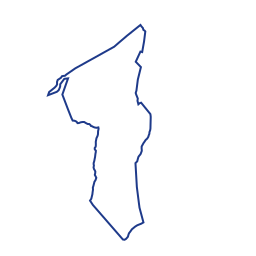 Limoeiro do Norte, Ceará, Brazil, rotated 49°
{"feature_id": "56859067B58683288686996", "entity_name": "Limoeiro do Norte", "entity_type": "district", "adm_level": 2, "iso_a3": "BRA", "parent_name": "Brazil", "parent_adm1": "Ceará", "projection": "equal_earth", "projection_center": [-38.048, -5.136], "detail": "fine", "context": "isolated", "style": "outline", "palette": "blue", "viewbox_px": 256, "rotation_deg": 49, "n_neighbors": 0, "source": "geoboundaries", "source_scale": "gbopen_adm2", "svg_char_len": 1927}
<svg xmlns="http://www.w3.org/2000/svg" viewBox="0 0 256 256"><g transform="rotate(49 128 128)"><path d="M112.2,101.3L108.2,99.9L106.6,99.2L105.3,97.1L97.9,88.8L90.5,78.3L83.1,78.7L78.5,68.5L80.0,67.5L73.3,59.2L66.5,51.6L65.4,51.6L64.0,52.0L62.4,51.2L61.3,51.2L60.0,51.2L58.4,51.0L57.7,68.3L57.6,79.8L57.6,85.1L51.5,114.0L48.4,128.6L47.2,139.4L47.2,141.4L46.3,142.6L45.6,143.9L46.1,145.6L45.9,147.4L45.6,149.5L46.5,151.1L47.5,152.1L48.4,152.7L49.1,154.2L49.4,156.8L49.1,163.9L50.8,166.8L54.0,158.0L54.0,155.6L53.1,153.6L52.2,152.0L50.5,150.4L49.1,143.8L51.2,140.7L59.7,155.6L74.7,161.1L79.8,162.9L83.2,164.1L86.1,164.9L87.3,163.7L88.6,163.0L89.7,162.7L91.2,162.9L92.0,161.9L92.7,159.9L93.7,158.3L94.8,157.1L96.5,156.6L98.5,155.8L99.7,154.6L101.1,154.4L102.3,154.6L103.2,153.9L104.5,153.5L105.9,152.7L107.2,151.6L108.1,150.0L109.3,150.7L110.7,152.6L112.3,154.1L113.2,155.0L114.1,156.4L115.0,158.5L117.3,161.4L119.0,162.8L120.0,163.7L120.9,164.7L121.3,166.3L122.4,167.1L124.0,167.1L125.1,168.2L126.1,169.5L127.1,170.6L128.2,171.8L129.5,173.5L130.3,174.5L131.1,175.6L131.9,176.9L132.8,177.7L133.9,178.3L135.2,179.9L136.7,180.6L137.9,180.8L139.4,181.2L140.6,182.4L141.6,183.8L143.0,184.1L144.8,184.6L146.1,186.9L146.5,188.5L149.0,192.1L149.9,193.6L151.6,194.9L153.2,196.8L154.6,198.3L155.8,200.0L157.3,202.1L157.9,204.3L163.1,205.0L208.8,205.0L210.1,203.9L210.4,202.2L210.0,199.4L208.6,197.3L208.0,196.0L207.7,194.3L207.0,191.5L207.1,187.4L207.5,184.8L208.9,180.8L209.4,178.3L195.7,171.6L192.5,169.5L178.3,160.0L159.4,145.4L159.2,142.9L157.6,140.6L156.6,139.0L156.3,137.7L156.0,135.8L155.3,134.4L154.3,132.6L153.3,131.8L152.2,131.0L150.9,129.8L150.2,127.9L149.6,126.3L149.2,124.6L148.6,122.5L148.6,120.5L148.0,118.5L147.1,117.1L146.4,115.7L145.2,114.5L144.2,112.7L143.1,111.4L135.0,104.0L133.9,103.1L132.2,102.0L117.5,101.5L116.9,103.0L116.9,104.6L113.7,103.0L112.2,101.3Z" fill="none" stroke="#1e3a8a" stroke-width="2"/></g></svg>